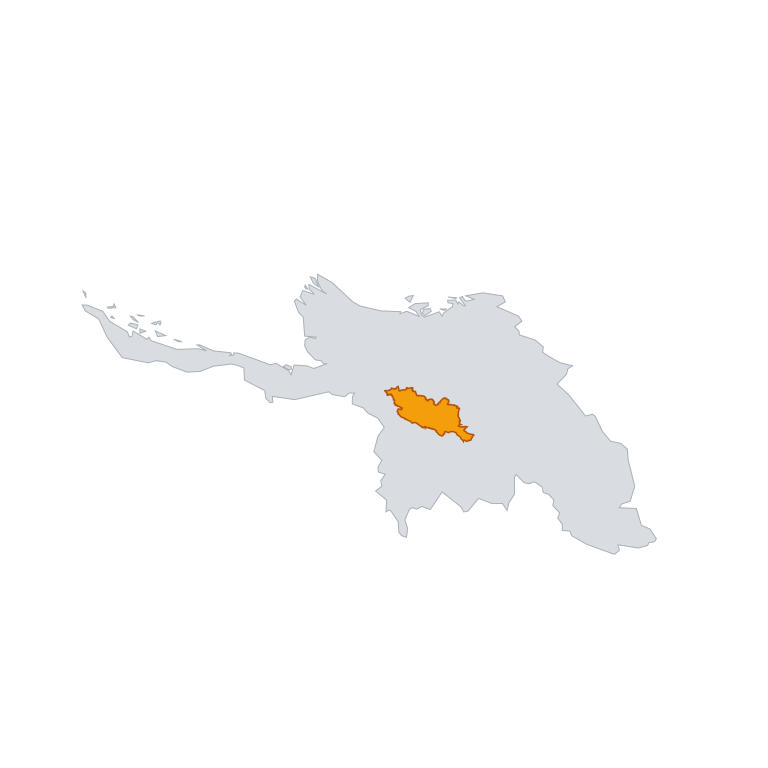 location of Taunggyi, Shan, Myanmar, rotated 115°
{"feature_id": "60261553B67272669909031", "entity_name": "Taunggyi", "entity_type": "district", "adm_level": 2, "iso_a3": "MMR", "parent_name": "Myanmar", "parent_adm1": "Shan", "projection": "robinson", "projection_center": [96.903, 20.784], "detail": "fine", "context": "in_parent", "style": "filled", "palette": "amber", "viewbox_px": 768, "rotation_deg": 115, "n_neighbors": 0, "source": "geoboundaries", "source_scale": "gbopen_adm2", "svg_char_len": 9664}
<svg xmlns="http://www.w3.org/2000/svg" viewBox="0 0 768 768"><g transform="rotate(115 384 384)"><path d="M484.5,346.4L477.8,342.8L472.8,346.1L465.3,344.8L466.1,352.0L461.8,354.3L454.1,353.7L449.6,364.6L433.7,367.4L423.3,365.4L417.6,375.1L417.2,386.1L414.4,392.8L415.5,404.3L408.8,407.3L404.7,406.7L407.0,412.0L412.2,414.3L415.4,426.2L414.4,430.8L435.9,458.3L442.4,480.0L447.5,477.0L449.0,479.3L447.0,485.0L440.4,489.3L439.4,512.2L428.7,517.7L429.1,525.4L430.4,530.8L439.9,546.0L450.6,556.4L456.5,567.6L457.7,583.8L456.2,590.6L459.1,600.3L464.5,606.7L470.7,632.4L458.3,655.1L445.6,670.0L444.0,685.7L439.9,691.0L437.9,686.0L437.0,669.5L443.2,659.1L445.1,638.8L449.0,634.5L446.9,632.5L442.0,633.9L443.7,617.6L440.9,616.9L443.2,613.4L440.1,586.2L430.4,567.0L429.0,558.7L427.6,569.9L426.4,567.7L426.1,552.7L420.5,536.2L421.1,534.8L423.7,536.2L421.3,532.5L419.3,533.3L417.6,529.3L414.6,495.2L410.9,490.4L412.3,475.7L415.0,472.0L404.8,473.5L400.0,461.1L399.7,454.3L389.5,444.1L391.2,447.3L389.5,450.7L391.1,456.5L387.0,467.2L382.8,472.1L377.2,474.1L372.8,471.1L371.9,465.4L370.1,465.3L374.1,476.1L357.6,485.4L355.2,491.8L346.7,500.3L344.1,499.2L345.5,487.8L340.5,496.9L333.6,497.1L332.2,484.9L329.4,492.0L325.4,494.2L326.7,473.9L325.5,479.8L319.0,487.9L312.6,490.5L314.0,473.7L322.7,447.2L323.4,438.4L318.9,417.3L311.4,399.5L313.6,399.2L308.5,394.1L307.8,380.9L304.7,385.6L304.4,393.9L297.9,389.6L291.7,378.1L294.2,377.1L301.4,382.5L305.4,379.5L306.4,375.7L295.2,364.5L298.0,359.9L294.4,360.0L284.8,354.6L282.1,355.6L283.3,360.4L281.2,361.7L277.6,354.5L280.3,350.9L278.0,350.8L279.5,344.3L278.6,343.4L274.1,351.9L271.5,349.9L274.4,345.6L273.2,343.1L269.2,338.1L269.5,347.1L259.6,332.9L254.0,313.7L258.4,308.7L266.2,314.4L265.6,290.7L268.9,285.6L276.9,289.8L279.2,283.8L282.3,282.2L280.3,265.9L282.9,255.4L288.2,253.6L289.5,245.1L290.3,233.6L287.8,220.8L292.6,223.8L298.1,222.7L310.9,227.1L315.7,212.1L327.8,187.8L323.3,182.2L324.1,178.7L334.7,166.0L340.1,154.5L337.8,144.3L340.1,135.9L349.7,130.6L370.6,113.6L386.1,111.3L392.4,117.9L396.7,118.5L390.2,102.7L403.3,91.0L403.0,81.6L409.1,71.8L412.6,72.1L415.7,76.9L419.1,76.9L425.1,84.1L430.9,104.0L435.3,100.4L441.0,103.2L443.6,132.5L442.2,149.6L438.7,153.5L441.4,160.5L435.9,163.0L432.1,169.8L426.6,170.3L422.9,179.6L417.4,181.0L414.4,188.3L415.0,193.8L410.6,197.0L409.1,206.5L413.0,210.2L414.2,215.3L410.1,225.9L413.6,226.3L428.8,219.2L439.5,220.6L446.7,218.9L442.2,226.1L446.7,235.5L447.7,250.0L463.7,254.1L466.3,257.8L462.8,262.3L457.3,285.7L478.3,289.0L479.0,298.0L483.5,301.3L484.2,306.3L487.0,308.0L498.3,307.7L505.0,301.5L513.5,298.8L514.0,304.0L512.1,307.8L502.8,313.0L496.4,323.7L496.0,326.1L499.0,328.2L488.2,332.5L484.5,346.4ZM298.2,371.8L304.9,376.1L303.6,379.4L299.4,379.6L296.1,373.9L298.2,371.8ZM432.4,602.4L436.7,609.2L432.5,613.8L432.4,602.4ZM297.4,401.1L293.9,398.6L291.5,394.9L299.0,395.0L297.4,401.1ZM438.6,631.6L438.8,640.6L436.0,639.6L434.3,632.1L438.6,631.6ZM322.6,490.4L318.1,496.1L317.4,491.2L323.7,484.2L322.6,490.4ZM410.6,482.6L407.9,480.8L407.5,475.6L409.7,474.1L411.4,476.6L410.6,482.6ZM429.8,642.6L429.2,639.6L432.1,632.4L431.6,638.7L429.8,642.6ZM428.2,659.3L431.9,666.0L431.3,667.3L427.9,662.0L425.6,662.4L428.2,659.3ZM441.2,626.6L437.2,628.5L436.9,622.3L441.2,626.6ZM431.9,690.4L426.8,696.2L427.4,693.0L431.9,690.4ZM276.3,355.4L278.1,362.7L275.0,354.1L276.3,355.4ZM432.5,588.3L432.3,593.8L431.0,584.8L432.5,588.3ZM291.8,360.6L292.4,365.2L289.5,358.7L291.8,360.6ZM427.3,620.1L424.3,617.3L425.3,615.3L426.8,615.8L427.3,620.1ZM425.2,612.0L423.3,615.7L421.4,613.5L422.9,611.9L425.2,612.0ZM425.6,634.0L425.7,637.3L423.5,629.8L425.6,634.0ZM329.6,497.1L327.5,497.0L330.3,493.3L330.6,494.7L329.6,497.1ZM439.2,659.9L437.3,659.3L438.8,655.7L439.2,659.9Z" fill="#d9dde1" stroke="#a8b0b8" stroke-width="1"/><path d="M405.2,359.3L405.1,358.2L405.5,357.5L405.5,357.1L405.8,356.7L405.7,356.3L406.0,356.1L406.2,355.4L406.4,355.4L406.6,354.8L406.3,353.4L406.7,352.4L406.3,351.9L406.2,351.5L406.4,350.4L406.8,350.2L407.0,349.6L406.5,348.1L406.7,347.5L406.7,346.7L406.8,346.2L406.6,345.3L406.6,344.7L406.8,344.4L406.9,343.6L407.6,342.1L407.5,341.8L407.2,341.7L406.9,341.2L406.5,340.9L405.9,339.5L405.5,338.9L405.8,338.2L405.9,337.0L406.1,336.7L405.9,336.2L406.4,335.1L406.5,333.5L406.7,333.1L406.6,332.9L406.9,331.7L407.0,331.6L406.7,331.3L406.9,331.0L407.1,331.1L407.1,330.6L406.8,330.4L406.9,330.1L406.6,329.5L406.8,329.3L406.6,329.1L406.1,329.6L405.6,329.2L405.3,328.7L405.5,327.8L405.8,327.7L405.3,327.6L405.2,327.1L405.5,326.9L405.4,326.4L405.2,326.0L404.9,325.3L404.5,325.1L404.4,324.7L404.5,324.4L404.6,324.6L404.9,324.5L404.8,324.3L404.9,323.7L404.5,323.4L404.4,322.7L404.5,322.4L404.6,322.0L404.3,322.0L404.3,321.6L404.1,321.5L404.4,321.1L404.1,320.8L404.2,320.4L404.1,319.4L403.9,319.3L403.9,319.0L404.0,318.7L403.9,318.2L404.2,317.7L404.2,317.3L404.4,317.5L404.3,317.3L404.6,317.2L404.5,316.9L404.4,316.9L404.9,316.7L405.4,316.1L405.4,315.2L406.5,313.4L406.8,311.3L406.6,310.9L406.7,310.5L406.6,309.4L406.2,309.3L406.0,308.8L405.7,308.8L404.4,309.1L403.6,308.0L402.8,308.6L402.2,308.5L401.7,308.8L401.2,308.6L400.9,307.3L401.0,307.0L401.0,306.0L400.6,304.7L400.4,304.7L400.3,304.4L399.9,304.3L399.1,303.6L397.9,301.2L397.7,298.3L398.4,297.3L398.5,296.9L399.2,296.3L399.5,294.4L399.5,293.4L400.0,292.2L401.3,290.8L401.3,289.8L402.5,287.8L401.7,288.1L400.9,287.4L401.1,285.0L400.8,284.3L400.2,283.8L399.3,283.8L399.2,283.5L399.3,282.9L398.4,281.8L397.9,281.5L397.0,281.8L396.4,281.8L396.0,281.5L395.3,281.4L394.6,281.9L393.7,281.5L392.9,281.0L392.3,281.0L392.2,281.5L392.3,282.6L392.9,284.0L393.3,287.4L393.5,287.9L393.4,288.3L392.9,288.9L392.5,289.7L392.7,290.2L392.7,290.8L392.4,292.0L391.2,292.0L390.3,291.3L389.0,291.5L388.7,291.4L388.4,290.9L387.7,290.6L388.1,291.9L388.5,292.2L388.3,292.7L388.6,292.8L388.9,293.4L389.2,293.7L389.6,294.3L389.7,294.7L389.4,294.8L389.3,295.1L389.7,295.7L390.2,295.9L390.3,296.5L390.3,296.9L390.4,297.2L390.7,297.4L390.6,297.8L390.8,298.6L390.7,298.9L389.4,298.6L388.8,297.9L388.4,297.8L388.2,297.5L388.2,298.5L387.7,298.6L387.0,299.5L386.5,299.4L386.2,299.9L385.7,299.2L385.2,299.2L385.0,299.6L384.6,299.6L384.4,300.1L383.8,300.9L383.1,301.4L383.2,302.0L382.8,302.2L382.5,302.6L382.4,302.6L382.0,302.8L381.6,303.5L381.0,303.7L380.6,303.4L380.4,303.5L380.2,303.9L378.5,304.5L378.3,304.8L377.4,304.7L376.7,305.0L376.4,305.0L375.7,305.2L375.3,305.2L374.7,305.0L374.4,305.4L374.1,305.5L374.7,307.1L374.4,307.1L374.1,307.4L374.4,307.7L374.0,307.7L374.0,308.0L373.6,307.8L373.1,307.9L373.4,308.8L373.3,309.0L373.3,309.9L373.5,310.3L373.4,310.7L373.7,311.0L373.2,311.4L373.2,311.5L373.4,311.7L373.8,311.5L373.9,312.2L374.2,313.1L374.1,313.7L374.5,314.6L374.4,315.0L374.5,315.4L375.4,316.3L375.2,316.5L375.5,316.8L375.5,317.2L375.7,317.6L375.3,318.1L375.0,317.9L373.6,317.8L373.3,317.7L373.0,317.9L372.5,317.8L372.0,318.3L371.5,318.4L371.1,319.2L371.5,320.0L371.5,320.5L370.7,321.1L371.0,321.6L370.8,322.0L371.0,322.4L371.1,323.3L371.9,323.4L372.0,323.9L371.9,324.1L372.2,324.2L372.5,324.5L373.4,324.6L374.7,325.4L375.6,325.3L375.8,325.4L376.1,325.8L377.2,325.4L377.4,326.2L378.4,326.7L378.9,326.5L379.2,326.1L379.5,326.1L380.0,327.3L380.4,327.3L380.7,327.1L381.4,327.8L381.5,328.1L381.5,328.9L381.0,329.3L381.2,329.5L381.1,330.8L380.0,331.0L379.6,330.7L378.7,331.2L378.8,331.7L378.2,332.1L378.0,332.5L378.2,332.8L378.1,333.2L378.1,333.4L378.0,333.6L377.5,333.6L377.5,333.8L377.9,335.1L378.3,335.5L378.5,336.1L378.8,336.6L379.7,336.8L379.6,337.2L379.8,337.6L380.1,337.6L380.5,337.0L380.8,337.0L380.8,337.5L380.5,338.0L380.5,339.8L380.2,340.0L379.6,339.8L379.1,340.0L378.9,340.2L379.2,340.7L379.1,340.9L378.7,341.0L378.2,341.9L378.4,342.5L378.1,342.7L378.5,344.6L379.1,345.1L379.2,345.5L379.3,345.7L379.1,346.3L379.7,347.2L379.7,347.4L380.1,347.7L379.9,348.0L380.2,348.3L380.6,349.6L380.2,350.0L380.0,349.9L378.9,351.0L378.9,351.5L378.4,351.9L378.0,351.8L377.5,352.4L378.0,353.7L377.9,354.0L378.2,354.1L378.6,354.6L378.3,355.1L377.6,355.3L377.7,355.6L377.6,355.9L377.2,356.3L376.4,356.0L376.2,356.3L375.5,356.2L375.3,356.6L376.2,358.2L377.6,359.8L377.6,360.1L378.0,360.5L377.7,360.7L377.6,361.1L377.6,361.5L377.9,362.0L379.4,361.7L379.9,361.8L380.7,362.6L380.7,363.3L381.0,364.0L382.1,365.2L382.4,366.0L383.1,366.2L383.8,367.2L383.8,367.4L383.4,367.9L382.0,368.5L381.3,369.4L380.6,369.8L380.8,370.2L380.6,370.3L380.8,370.4L380.8,370.7L381.0,370.8L381.6,370.9L382.1,371.2L382.8,371.3L383.2,371.1L383.6,371.2L383.8,372.0L384.4,373.1L384.2,373.3L384.1,373.6L384.5,374.6L384.8,374.8L384.6,375.5L385.9,375.5L387.0,376.0L387.0,376.4L387.5,376.9L388.0,377.0L388.4,378.0L388.9,378.7L389.1,379.1L389.1,379.6L389.8,380.5L389.9,380.4L389.8,380.0L390.5,379.2L390.2,378.6L390.4,378.3L390.5,378.3L390.6,377.9L391.0,377.8L391.5,377.0L391.8,377.1L392.6,376.5L392.8,376.2L392.2,375.2L391.9,375.1L391.6,375.4L391.1,375.0L391.0,374.7L391.2,374.4L390.1,373.5L390.2,373.0L390.7,372.7L391.1,372.7L390.9,371.8L391.2,371.6L391.3,371.1L391.5,371.1L391.7,371.3L392.2,370.9L392.8,369.4L393.4,369.0L394.0,369.0L394.1,368.7L394.3,368.7L394.1,367.9L394.2,367.4L395.6,367.2L396.5,366.6L397.1,366.7L397.5,366.5L397.2,365.3L397.9,364.8L398.1,365.0L398.4,364.8L398.2,364.6L398.2,364.3L398.0,364.2L397.7,363.7L398.1,362.6L398.5,362.5L398.1,361.5L398.1,361.0L397.9,360.2L398.2,359.5L398.0,359.4L398.0,359.1L398.4,358.5L398.1,357.8L398.2,357.7L398.0,357.4L398.1,357.2L398.7,357.1L399.4,357.3L399.9,357.3L400.0,358.3L400.2,358.5L400.2,359.0L400.3,359.6L400.3,360.1L400.4,360.3L400.6,360.2L400.6,360.3L401.3,360.6L402.3,360.6L403.0,360.3L403.4,360.4L403.6,359.8L403.6,359.3L403.9,359.1L404.0,358.8L404.9,358.5L405.0,358.5L405.1,359.1L405.2,359.3Z" fill="#f59e0b" stroke="#b45309" stroke-width="1.5"/></g></svg>